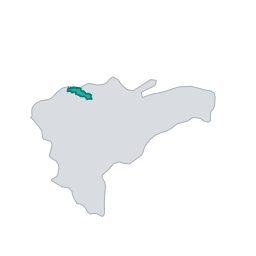 San Felipe de Puerto Plata, Puerto Plata, Dominican Republic (highlighted), rotated 332°
{"feature_id": "3306468B57439307714728", "entity_name": "San Felipe de Puerto Plata", "entity_type": "district", "adm_level": 2, "iso_a3": "DOM", "parent_name": "Dominican Republic", "parent_adm1": "Puerto Plata", "projection": "robinson", "projection_center": [-70.701, 19.686], "detail": "fine", "context": "in_parent", "style": "filled", "palette": "teal", "viewbox_px": 256, "rotation_deg": 332, "n_neighbors": 0, "source": "geoboundaries", "source_scale": "gbopen_adm2", "svg_char_len": 4405}
<svg xmlns="http://www.w3.org/2000/svg" viewBox="0 0 256 256"><g transform="rotate(332 128 128)"><path d="M47.3,170.7L47.5,161.1L48.8,157.3L47.6,153.2L42.0,148.8L38.6,143.2L35.6,138.3L36.3,137.5L42.4,137.3L44.5,135.5L48.6,130.4L49.4,126.3L49.1,123.3L46.4,119.6L45.4,115.7L48.7,112.3L53.0,107.3L53.6,105.4L53.5,103.6L48.5,98.3L48.1,96.1L50.5,90.4L50.2,86.7L47.9,75.0L46.9,73.2L49.1,72.3L50.5,68.8L52.5,65.7L55.1,64.0L58.0,62.9L63.9,63.0L71.9,65.7L74.2,65.7L82.0,63.2L88.4,61.9L94.5,63.4L96.9,65.5L101.9,68.9L104.5,69.9L112.4,69.8L114.5,70.2L121.2,75.7L126.7,77.9L130.0,78.0L135.8,75.9L138.7,75.9L142.0,80.7L142.7,87.4L145.4,93.6L149.7,97.6L170.6,95.9L175.2,99.1L173.6,101.8L170.7,103.3L160.8,102.6L156.4,102.9L155.5,105.6L155.5,108.1L161.3,108.7L167.0,109.9L172.9,111.9L178.8,113.3L185.4,114.2L192.0,115.6L202.9,120.5L215.0,131.5L218.3,134.0L220.4,137.5L219.4,141.7L215.1,148.7L212.7,151.0L209.1,152.3L206.7,155.2L204.3,160.1L202.9,160.5L201.2,160.3L198.3,157.5L196.2,153.3L190.4,149.3L183.4,149.8L173.2,147.4L167.0,148.6L160.8,148.8L154.5,147.6L148.2,147.2L141.8,148.7L135.7,151.3L133.4,152.9L129.4,156.9L127.3,158.4L112.4,160.4L108.0,157.4L104.0,153.5L98.3,152.9L89.9,156.0L84.7,157.1L82.5,158.4L81.9,160.0L81.9,165.5L80.7,168.9L72.6,181.7L68.0,190.7L66.1,193.5L63.9,194.1L59.9,188.9L57.3,187.1L54.1,186.1L52.8,183.4L52.9,179.4L52.0,175.6L50.1,172.7L47.3,170.7Z" fill="#d9dde1" stroke="#a8b0b8" stroke-width="1"/><path d="M110.8,82.0L111.0,82.0L111.1,81.9L110.9,81.6L110.8,81.2L110.5,81.0L110.5,80.9L110.5,80.6L110.5,80.4L110.3,80.3L110.2,80.2L109.7,79.8L109.6,79.7L109.6,79.4L109.4,79.1L109.0,79.2L108.9,79.1L108.8,78.9L108.6,78.7L108.1,78.8L107.8,78.7L107.5,78.5L107.3,78.3L107.1,78.2L106.7,78.0L106.5,77.9L106.5,77.7L106.7,77.4L106.8,77.2L107.0,77.1L107.0,76.9L106.9,76.8L106.8,76.7L106.7,76.6L106.5,76.4L106.4,76.3L106.3,76.2L106.2,75.8L106.2,75.7L106.4,75.2L106.3,74.9L106.1,74.7L105.9,74.4L105.7,74.6L105.4,74.6L105.4,74.3L105.3,74.2L104.7,73.6L104.4,73.5L104.3,73.4L104.1,73.2L104.1,72.6L104.2,72.0L104.3,71.9L104.5,71.8L104.6,71.6L104.8,71.4L104.9,71.2L105.0,70.8L105.1,70.6L105.1,70.4L105.1,70.5L104.7,70.6L104.4,70.5L104.4,70.4L104.3,70.2L104.2,70.0L103.9,70.1L103.7,70.1L103.6,69.9L103.5,69.7L103.4,69.7L103.2,69.4L102.9,69.3L102.8,69.2L102.7,69.0L102.6,68.9L102.4,68.9L102.3,68.7L102.2,68.7L101.9,68.5L101.7,68.5L101.6,68.4L101.6,68.2L101.4,68.2L101.4,68.3L101.3,68.5L101.2,68.6L101.2,68.4L101.2,68.6L101.0,68.4L100.9,68.4L100.9,68.2L101.0,68.2L100.8,67.8L100.8,67.7L100.7,67.6L100.4,67.5L100.2,67.5L100.2,67.4L100.0,67.2L100.0,67.3L99.9,67.3L99.7,67.3L99.8,67.1L99.7,67.1L99.7,66.9L99.5,66.7L99.4,66.7L99.2,66.6L99.0,66.4L98.9,66.3L98.8,66.2L98.7,66.2L98.7,66.3L98.3,66.3L98.2,66.4L98.0,66.5L97.9,66.5L97.7,66.4L97.6,66.5L97.4,66.8L97.1,66.8L97.0,66.7L97.0,66.4L97.2,66.2L97.3,66.2L97.2,66.0L97.2,65.9L97.0,65.7L96.9,65.6L96.9,65.4L96.7,65.2L96.4,65.5L96.2,65.7L96.2,65.8L96.0,66.0L95.7,66.2L95.4,66.1L95.3,65.9L95.0,65.6L94.6,65.2L94.5,64.8L94.4,64.8L94.4,64.7L94.0,64.8L93.7,64.9L93.7,65.0L93.5,65.3L93.2,65.6L93.1,65.9L93.0,66.0L92.5,66.2L92.2,66.6L91.9,66.7L91.8,66.8L91.8,67.1L91.9,67.4L92.0,67.4L92.2,67.5L92.5,67.8L92.9,67.8L93.1,67.8L93.2,67.7L93.3,67.7L93.6,67.9L93.7,68.0L94.1,68.0L94.3,67.9L94.5,67.9L94.7,68.1L94.8,68.2L94.8,68.6L94.9,68.8L94.9,69.0L94.8,69.4L94.8,69.5L94.9,70.4L95.0,70.5L95.4,70.7L95.6,70.8L95.9,70.8L96.1,70.8L96.4,70.5L96.5,70.5L96.9,70.8L97.2,71.0L97.3,71.1L97.7,71.0L97.9,71.0L98.2,71.0L98.3,71.1L98.4,71.8L98.4,72.0L98.5,72.2L98.5,72.5L98.2,72.8L97.9,73.0L97.8,73.5L98.1,73.6L98.4,73.8L98.5,73.9L98.6,74.0L98.7,74.5L98.8,74.8L99.0,75.0L99.6,75.1L99.8,75.4L99.9,75.7L99.9,75.8L100.1,76.0L100.5,76.4L100.6,76.5L100.6,77.2L100.6,77.4L100.8,77.7L101.1,78.0L101.3,77.8L101.5,77.7L101.8,77.9L102.2,78.3L102.4,78.9L102.6,79.0L103.0,79.1L103.3,79.3L103.9,79.4L104.1,79.5L104.4,79.6L104.5,79.6L104.8,80.0L104.8,80.6L104.8,80.8L105.1,81.2L105.1,81.4L105.1,81.7L105.1,81.9L105.1,82.0L104.9,82.1L104.8,82.3L104.9,82.6L105.1,82.7L105.2,82.8L105.3,83.0L105.3,83.3L105.5,83.6L105.6,83.8L106.0,83.8L106.8,83.8L107.1,84.0L107.6,84.0L107.8,84.1L107.8,84.3L108.4,84.7L108.7,84.9L108.9,85.1L109.2,85.3L109.3,85.5L109.5,85.5L109.6,85.4L109.6,85.0L109.6,84.9L109.8,84.8L109.9,84.7L110.0,84.2L109.8,83.9L109.8,83.7L109.9,83.3L109.9,83.2L109.8,82.8L109.8,82.5L109.8,82.4L109.9,82.2L110.3,82.2L110.5,81.9L110.8,82.0Z" fill="#14b8a6" stroke="#0f766e" stroke-width="1.5"/></g></svg>